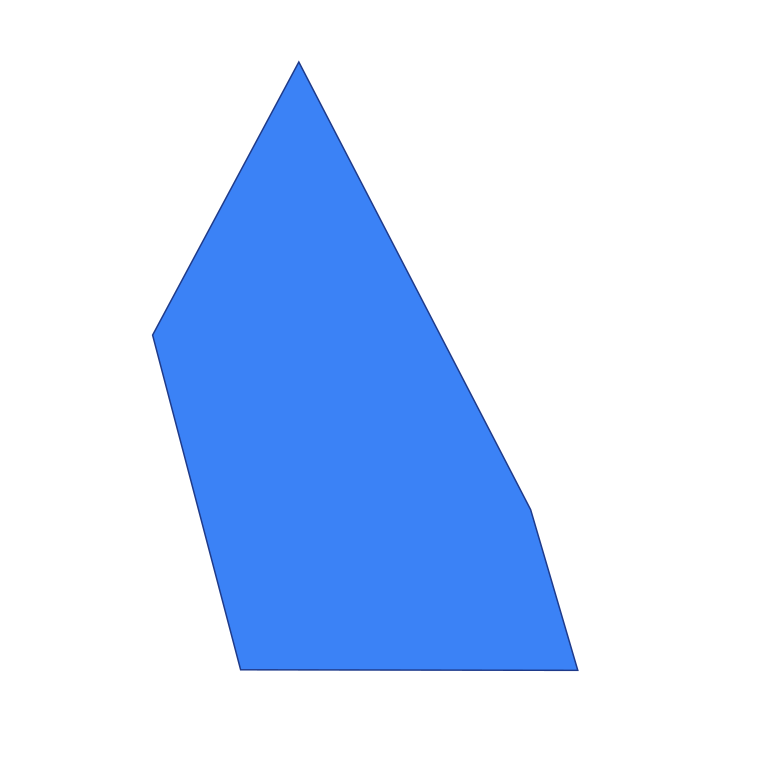 outline of Lexington, Virginia, United States of America, rotated 279°
{"feature_id": "52423323B43343274853649", "entity_name": "Lexington", "entity_type": "district", "adm_level": 2, "iso_a3": "USA", "parent_name": "United States of America", "parent_adm1": "Virginia", "projection": "orthographic", "projection_center": [-79.447, 37.781], "detail": "fine", "context": "isolated", "style": "filled", "palette": "blue", "viewbox_px": 768, "rotation_deg": 279, "n_neighbors": 0, "source": "geoboundaries", "source_scale": "gbopen_adm2", "svg_char_len": 241}
<svg xmlns="http://www.w3.org/2000/svg" viewBox="0 0 768 768"><g transform="rotate(279 384 384)"><path d="M79.3,287.1L131.5,620.2L282.8,548.5L688.7,249.5L396.1,147.8L79.3,287.1Z" fill="#3b82f6" stroke="#1e3a8a" stroke-width="1.5"/></g></svg>